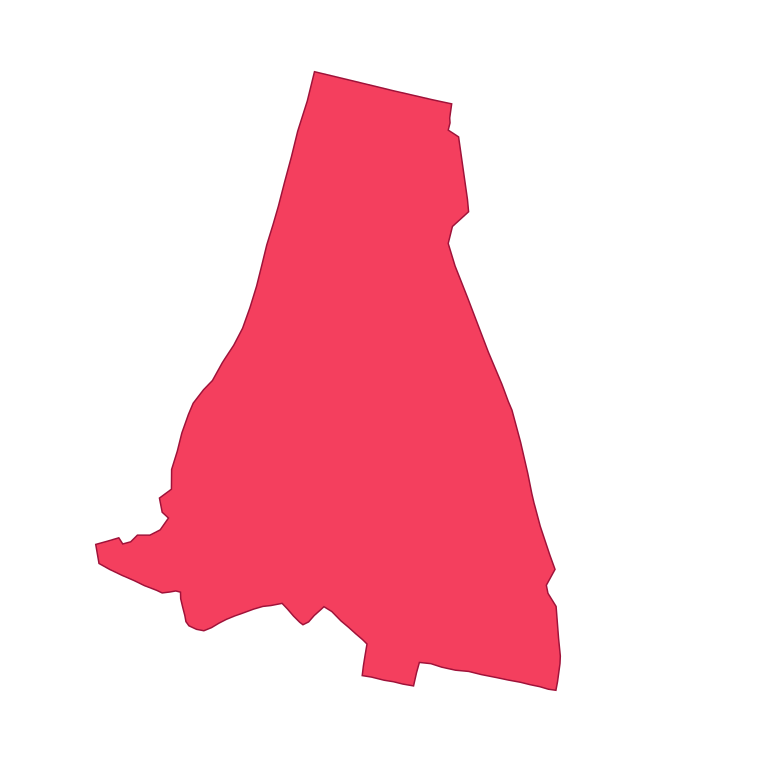 outline of Al-Maimouna, Maysan, Iraq, rotated 194°
{"feature_id": "34846034B98238894977989", "entity_name": "Al-Maimouna", "entity_type": "district", "adm_level": 2, "iso_a3": "IRQ", "parent_name": "Iraq", "parent_adm1": "Maysan", "projection": "equal_earth", "projection_center": [46.821, 31.466], "detail": "fine", "context": "isolated", "style": "filled", "palette": "rose", "viewbox_px": 768, "rotation_deg": 194, "n_neighbors": 0, "source": "geoboundaries", "source_scale": "gbopen_adm2", "svg_char_len": 1797}
<svg xmlns="http://www.w3.org/2000/svg" viewBox="0 0 768 768"><g transform="rotate(194 384 384)"><path d="M143.1,128.4L143.6,137.1L145.6,155.3L147.1,162.7L153.1,179.5L157.6,193.0L163.2,209.8L174.3,220.6L177.8,228.0L173.2,245.5L181.8,258.3L198.0,283.8L208.0,301.9L209.6,304.7L214.1,313.5L222.7,331.7L237.4,360.6L253.5,389.6L259.1,397.0L266.3,407.6L269.7,412.5L290.4,440.1L323.8,488.0L343.6,515.7L355.7,535.9L355.7,553.4L343.6,571.6L347.6,583.1L371.4,641.8L383.1,645.9L383.1,653.3L384.6,658.0L386.1,672.2L397.4,671.8L406.9,671.5L446.4,670.8L479.2,670.6L527.0,670.2L526.9,640.0L528.9,608.4L528.8,582.2L529.3,555.9L529.5,530.9L530.2,512.3L531.4,490.6L531.3,470.9L531.3,448.2L532.5,426.0L534.7,403.9L539.2,385.2L544.4,370.4L546.0,365.6L551.3,345.9L557.7,334.8L564.5,319.2L566.4,307.1L568.3,287.5L568.3,268.8L569.4,249.7L564.8,230.5L574.3,219.0L568.2,205.9L560.7,201.8L565.9,188.3L574.6,180.7L586.7,177.7L591.6,169.6L598.8,165.6L604.1,170.6L614.3,164.6L624.9,158.6L620.1,147.7L617.1,140.9L605.3,137.7L591.6,134.9L578.9,132.8L567.7,130.4L554.7,128.8L548.7,127.6L541.4,130.4L536.0,132.8L531.1,132.8L529.3,126.4L525.1,118.3L521.2,111.1L518.7,105.5L514.8,102.2L506.6,100.6L499.1,101.0L492.4,105.9L486.4,111.9L480.0,117.5L472.8,122.8L465.5,127.6L456.1,134.0L447.7,138.9L440.1,141.7L429.8,146.5L423.5,142.5L415.6,136.9L408.1,132.4L404.4,130.8L399.6,134.9L395.7,142.5L390.8,149.7L388.4,153.4L379.6,150.6L368.4,143.7L359.4,139.3L351.2,134.9L343.0,130.8L337.6,127.6L336.7,115.9L335.8,105.5L334.6,95.8L325.2,96.6L312.2,96.6L302.8,97.4L293.2,97.4L282.3,98.2L282.6,111.9L282.3,122.4L270.8,124.0L266.6,123.7L259.3,123.2L245.4,123.6L232.3,125.6L219.3,125.6L211.2,126.0L203.3,126.4L192.1,126.8L179.4,127.6L169.7,127.6L159.5,128.0L150.7,127.6L143.1,128.4Z" fill="#f43f5e" stroke="#9f1239" stroke-width="1.5"/></g></svg>